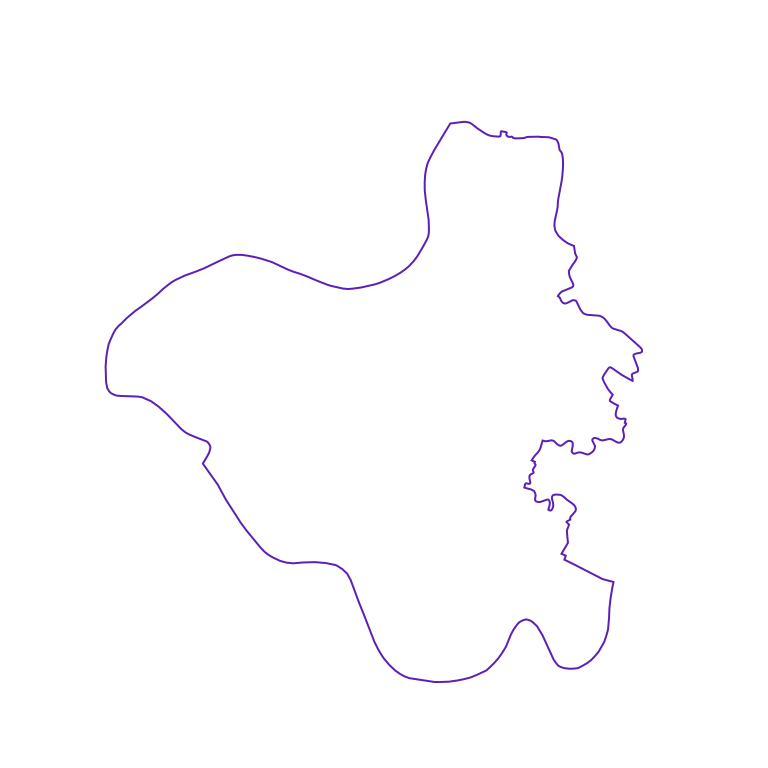 Nam Sach, Hải Dương, Vietnam (Mercator projection), rotated 284°
{"feature_id": "81297802B53771614429572", "entity_name": "Nam Sach", "entity_type": "district", "adm_level": 2, "iso_a3": "VNM", "parent_name": "Vietnam", "parent_adm1": "Hải Dương", "projection": "mercator", "projection_center": [106.346, 21.022], "detail": "fine", "context": "isolated", "style": "outline", "palette": "violet", "viewbox_px": 768, "rotation_deg": 284, "n_neighbors": 0, "source": "geoboundaries", "source_scale": "gbopen_adm2", "svg_char_len": 6166}
<svg xmlns="http://www.w3.org/2000/svg" viewBox="0 0 768 768"><g transform="rotate(284 384 384)"><path d="M155.3,641.0L158.5,644.7L162.4,648.7L166.4,651.9L171.2,654.6L176.1,657.0L187.0,660.1L193.4,660.6L199.9,660.8L211.8,658.9L220.3,657.1L230.8,655.7L242.0,654.8L247.4,654.6L247.6,643.1L254.9,612.1L257.2,601.5L261.4,601.9L262.2,597.3L274.4,600.9L284.6,597.3L286.4,596.9L292.3,597.6L294.2,594.5L294.6,594.6L295.4,595.2L297.5,597.6L298.5,597.1L299.2,597.0L300.3,597.2L305.8,600.0L307.4,600.6L309.0,600.5L310.7,599.6L312.2,598.2L313.4,596.0L315.8,589.9L318.0,585.7L318.9,583.3L319.1,581.9L318.4,577.8L317.9,576.4L317.2,575.2L316.4,574.6L315.7,574.4L314.6,574.4L313.4,574.7L309.3,576.9L307.3,577.6L306.1,577.8L304.3,577.7L302.4,577.1L301.8,576.7L301.4,576.0L301.5,574.8L301.7,574.1L301.9,573.8L305.7,574.1L309.1,573.6L310.9,572.6L311.5,571.7L311.5,570.9L311.2,570.1L307.5,564.4L306.9,563.0L306.8,560.3L307.1,559.5L307.9,558.7L309.7,558.3L312.4,558.1L313.9,557.5L315.5,556.4L316.5,555.3L317.3,552.1L317.3,548.3L317.5,545.2L320.5,545.1L321.5,545.4L322.0,545.8L322.2,549.0L322.5,549.6L323.0,549.8L323.7,549.8L326.6,548.4L328.4,547.7L329.8,547.4L330.8,547.6L331.6,548.0L333.8,550.5L334.2,550.6L335.1,550.3L336.0,549.4L337.2,549.3L337.8,549.3L339.2,549.8L341.2,550.6L342.2,550.6L343.7,549.1L345.0,549.3L345.6,545.8L348.2,546.6L351.4,547.9L354.6,549.8L357.8,551.0L360.3,551.3L367.5,551.6L367.4,554.3L368.3,556.8L369.8,559.8L369.9,562.2L369.7,562.8L367.8,566.0L367.1,567.6L366.8,568.5L366.7,569.8L367.0,570.6L367.7,571.6L371.9,575.0L373.3,576.4L373.6,577.3L373.8,579.3L373.4,580.3L372.9,581.0L371.9,581.6L368.9,582.2L366.3,582.2L364.0,582.4L362.9,583.5L362.4,584.5L362.4,585.4L362.7,586.2L363.8,587.8L364.7,589.5L365.1,590.9L365.2,592.0L364.8,597.8L365.1,599.2L365.6,600.0L368.3,602.5L370.1,603.5L371.3,603.9L373.2,604.0L374.5,603.8L375.4,603.4L379.3,600.0L380.1,599.6L380.9,599.7L381.6,600.1L382.4,600.9L382.7,601.8L382.8,602.7L382.6,604.8L382.1,607.0L382.0,608.8L382.2,610.0L384.8,615.1L385.3,616.5L385.4,617.7L385.2,619.4L384.5,621.6L383.8,624.6L383.8,625.9L384.2,627.0L384.6,627.7L385.8,628.5L387.5,629.3L390.1,629.7L391.6,629.5L394.5,628.3L396.6,627.2L398.1,626.9L399.1,626.9L400.0,627.2L402.6,628.4L404.3,628.5L404.6,627.0L407.9,627.0L408.4,626.8L408.6,626.3L408.5,625.2L407.6,623.1L407.3,621.8L407.5,618.7L408.2,617.6L409.4,616.6L410.8,616.1L412.3,615.9L415.5,615.9L419.7,616.3L420.5,612.5L421.7,608.5L422.2,607.3L422.8,607.1L424.0,607.1L429.0,608.5L430.9,605.6L433.3,602.5L438.9,597.2L441.9,595.0L442.6,594.6L443.9,594.7L446.3,595.3L452.9,597.7L454.4,598.5L454.7,598.9L454.9,599.5L454.9,600.2L454.1,602.7L450.6,611.7L448.2,620.1L447.2,624.4L448.5,624.2L451.8,622.6L452.6,622.3L453.2,622.3L454.1,622.6L457.3,627.0L458.0,627.2L458.9,627.2L461.0,626.4L463.3,624.9L471.1,619.5L471.9,619.2L472.5,619.2L473.2,619.5L474.0,620.4L475.0,622.2L475.7,624.0L476.6,625.5L477.2,626.2L477.9,626.5L478.7,626.4L479.5,626.1L480.5,625.3L481.8,623.4L491.8,604.4L492.5,602.5L492.8,600.2L493.2,593.4L493.4,592.0L494.4,590.3L496.0,588.1L498.2,585.6L500.7,582.2L501.5,580.4L502.1,578.5L502.3,576.1L500.4,565.1L500.4,562.7L500.7,560.8L501.3,559.5L504.0,556.3L510.5,550.9L511.3,549.9L511.3,548.2L511.1,547.2L510.5,546.2L508.6,544.1L506.6,541.6L506.0,540.4L505.8,539.5L506.1,537.9L506.8,536.7L507.7,535.7L510.4,533.6L511.3,531.5L511.9,531.6L513.8,532.4L515.7,533.4L516.9,534.4L522.9,542.6L523.6,543.4L524.3,543.7L526.0,543.8L528.3,542.2L530.4,540.3L533.1,538.2L536.1,536.7L538.6,536.0L545.7,538.3L549.1,539.7L552.2,540.5L553.7,540.5L556.2,538.4L557.3,537.7L564.0,534.9L564.2,532.7L565.0,528.2L567.1,522.8L569.8,517.7L571.6,515.7L574.1,513.3L575.9,512.3L579.0,511.0L583.5,510.2L594.7,509.9L598.2,509.6L602.6,508.7L606.1,508.3L623.3,507.3L628.2,506.8L636.9,505.4L642.5,504.1L646.8,502.7L650.1,501.3L651.8,500.1L653.0,498.5L653.9,497.6L659.5,495.1L662.0,493.1L662.9,491.7L663.3,484.7L663.2,483.7L661.6,476.3L661.2,473.5L658.4,463.3L656.4,460.1L654.2,452.5L654.0,450.9L654.0,449.7L654.9,448.6L654.9,448.0L654.3,446.6L654.0,445.2L654.2,443.8L655.1,442.6L655.7,442.3L657.7,442.2L658.0,441.6L657.6,436.7L657.3,436.4L656.9,436.3L654.3,436.9L653.1,437.0L652.5,436.8L651.7,435.2L650.8,429.8L650.6,427.0L650.8,424.8L651.6,421.4L654.7,412.5L657.6,406.2L658.3,403.6L658.1,399.7L657.4,397.2L652.8,385.3L624.0,376.4L615.2,374.2L609.4,373.0L603.5,372.8L597.2,373.3L589.4,374.7L581.7,376.7L572.7,380.0L554.1,387.6L547.1,389.6L541.8,390.9L538.0,391.2L534.2,390.6L526.5,388.6L515.6,385.3L510.5,383.1L504.3,379.7L500.0,376.5L495.9,373.0L491.2,368.2L486.8,363.0L481.0,355.2L478.5,351.1L472.3,338.9L468.9,330.4L467.5,326.3L466.7,321.3L466.4,309.3L466.6,305.2L468.0,294.2L469.8,283.0L470.7,275.0L471.0,269.1L471.7,263.4L475.0,246.8L475.4,242.8L475.9,233.9L475.9,227.6L475.5,220.7L474.9,214.9L473.5,209.2L472.1,205.7L470.4,203.0L463.0,193.8L452.7,181.4L447.8,174.6L440.8,164.2L434.5,156.5L431.2,153.2L428.0,150.6L423.3,147.0L416.6,142.6L410.4,138.0L399.8,129.4L394.9,125.1L385.8,118.5L379.1,114.5L376.6,112.7L372.2,110.4L367.5,109.1L360.3,107.8L355.7,107.2L348.7,107.5L342.6,108.1L333.4,109.7L318.3,114.0L312.9,116.6L310.2,119.3L309.0,121.5L308.2,125.1L308.1,127.9L308.6,130.9L312.3,148.4L312.6,152.7L310.9,162.3L307.4,171.0L302.2,180.8L291.1,198.4L289.1,202.8L287.9,207.0L286.9,213.5L285.5,224.6L285.3,226.1L284.6,227.5L282.6,229.6L281.4,230.5L280.1,231.0L277.7,231.0L275.9,231.0L272.7,230.4L262.9,227.5L246.1,247.1L233.6,258.5L214.6,278.7L208.4,286.2L195.6,303.5L192.2,308.8L190.5,312.7L189.3,316.4L188.5,319.6L187.2,326.2L187.1,332.6L188.0,339.2L191.3,348.8L194.4,359.9L196.2,370.8L196.6,380.7L196.2,382.7L194.3,388.4L191.1,394.1L185.7,399.1L165.2,413.1L156.6,419.4L131.2,437.3L125.3,442.4L121.4,446.2L117.9,450.0L112.7,457.1L108.6,464.4L106.5,469.9L105.3,474.6L104.7,479.7L107.1,505.2L108.2,509.8L110.8,518.8L114.1,527.0L116.7,532.5L120.2,539.0L124.2,544.4L130.7,552.5L134.5,555.1L140.4,558.7L145.8,561.4L151.1,563.5L158.6,565.9L172.0,567.8L177.6,569.3L183.6,571.7L185.9,573.2L188.4,576.0L189.9,578.6L190.0,580.8L189.8,583.5L188.8,586.1L186.0,591.1L178.5,598.6L157.6,615.3L155.2,618.0L152.9,621.1L152.2,623.6L151.9,627.8L152.6,632.9L153.9,637.5L155.3,641.0Z" fill="none" stroke="#5b21b6" stroke-width="2"/></g></svg>